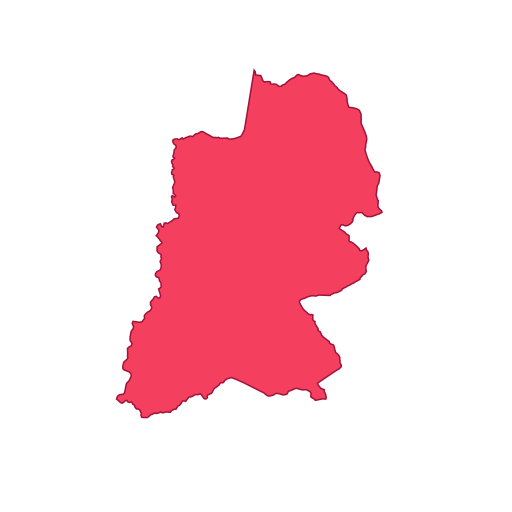 Monte do Carmo, Tocantins, Brazil (Mercator projection), rotated 203°
{"feature_id": "56859067B13428701772069", "entity_name": "Monte do Carmo", "entity_type": "district", "adm_level": 2, "iso_a3": "BRA", "parent_name": "Brazil", "parent_adm1": "Tocantins", "projection": "mercator", "projection_center": [-48.031, -10.736], "detail": "fine", "context": "isolated", "style": "filled", "palette": "rose", "viewbox_px": 512, "rotation_deg": 203, "n_neighbors": 0, "source": "geoboundaries", "source_scale": "gbopen_adm2", "svg_char_len": 6107}
<svg xmlns="http://www.w3.org/2000/svg" viewBox="0 0 512 512"><g transform="rotate(203 256 256)"><path d="M328.4,69.7L326.6,69.3L323.5,68.1L321.7,68.2L320.7,69.6L319.8,71.7L318.5,72.6L317.1,71.6L315.1,71.7L314.0,72.9L312.5,72.5L311.6,71.4L309.7,71.3L308.6,69.8L307.4,69.0L306.2,68.5L304.6,69.1L302.3,68.8L301.6,67.4L300.1,66.6L299.8,64.7L298.4,62.9L296.8,63.2L293.1,64.7L291.9,66.3L291.4,68.0L288.9,70.6L288.1,71.8L286.5,72.0L285.3,72.7L284.0,73.8L283.0,75.2L281.7,74.9L280.0,75.5L278.3,77.0L276.4,77.9L275.0,78.2L273.8,78.7L273.3,80.7L271.3,83.1L269.8,83.7L269.2,87.5L268.0,88.7L267.4,90.5L267.1,93.5L265.7,94.6L263.9,94.7L263.7,96.2L262.6,100.0L261.0,100.8L259.7,101.9L258.0,104.6L256.3,105.2L254.6,106.1L253.7,107.4L251.8,106.8L248.2,104.5L246.9,104.5L245.7,105.5L245.4,106.7L246.3,107.9L246.0,109.3L244.9,110.6L243.6,111.7L243.0,113.3L243.0,115.5L242.7,117.6L241.7,119.3L240.7,120.6L240.2,122.0L239.5,123.1L239.5,124.5L238.9,125.6L237.7,126.0L236.5,126.8L236.3,128.4L235.8,129.9L234.5,131.7L231.1,134.5L225.2,134.7L217.2,134.5L197.9,133.2L195.8,133.2L191.4,131.9L189.4,132.1L188.2,132.8L185.7,134.7L184.7,136.3L183.6,137.6L180.2,138.4L178.8,138.4L176.7,138.8L175.2,139.6L173.6,140.8L173.2,144.3L172.1,145.1L168.4,149.0L167.1,150.0L162.0,150.7L160.1,151.2L158.8,152.0L157.2,152.6L153.8,152.3L152.5,151.8L151.6,150.8L151.1,149.6L150.9,148.3L149.7,147.4L146.6,147.2L145.5,146.4L144.1,146.8L143.1,147.6L138.9,150.5L135.8,151.6L136.0,152.9L137.4,155.3L140.3,158.1L140.9,159.6L144.2,159.5L145.9,160.2L148.5,161.6L149.6,163.1L137.6,181.7L135.2,184.9L134.3,187.3L134.9,189.0L136.4,190.0L137.5,191.4L137.8,192.8L138.7,193.7L139.1,195.2L140.3,196.4L142.0,197.4L144.9,198.3L146.8,200.5L148.0,202.3L149.4,203.9L150.6,204.6L152.0,204.2L154.1,204.4L155.1,206.0L156.6,206.1L158.5,206.7L162.4,207.7L164.4,208.6L167.3,211.4L169.4,211.5L170.6,213.5L173.9,215.8L175.5,217.1L176.1,218.7L177.7,218.9L179.0,219.8L179.8,221.7L180.5,223.9L182.1,223.8L183.4,223.1L185.2,223.1L186.9,223.8L189.8,224.7L191.6,225.5L193.5,226.7L197.8,230.1L198.3,232.3L197.3,233.8L196.0,235.1L194.6,236.1L193.5,237.6L191.8,239.2L189.0,241.3L185.3,242.5L182.7,244.7L172.4,248.6L171.9,249.8L170.9,250.8L169.9,252.2L168.8,253.1L167.2,253.9L163.8,257.8L163.8,259.2L161.5,262.2L160.5,263.2L159.7,264.6L158.6,265.5L157.1,267.8L156.1,268.6L154.3,271.2L151.2,275.1L151.6,276.4L150.0,280.9L148.7,282.2L148.4,285.0L149.5,286.5L150.3,287.9L150.8,289.4L150.8,292.2L150.4,296.0L152.6,299.0L153.3,301.5L153.9,302.7L154.9,303.8L156.6,304.6L157.8,306.3L159.8,303.2L161.0,301.9L162.8,301.7L163.7,302.9L166.8,304.3L172.1,305.9L173.8,306.1L175.0,305.8L176.4,306.1L176.8,307.7L178.2,311.0L180.2,311.5L182.0,311.7L183.6,312.6L185.3,313.0L188.4,313.4L190.2,314.0L189.8,318.2L187.9,318.6L186.0,318.6L184.3,319.3L182.3,321.4L181.0,324.0L180.6,325.3L180.7,326.7L181.3,328.3L181.2,331.7L180.5,334.3L179.8,335.7L178.0,336.0L177.0,336.7L175.4,337.3L173.7,336.7L172.2,336.0L169.0,335.7L164.9,337.5L158.6,343.4L157.1,345.4L158.0,346.6L161.4,347.8L162.7,348.8L163.6,350.3L165.1,354.8L166.2,355.4L169.5,359.4L169.8,361.4L171.5,366.9L171.7,368.2L171.5,371.2L173.0,377.6L173.5,379.0L175.4,380.8L177.4,380.7L179.4,379.8L181.2,380.8L184.6,383.8L188.1,386.3L191.7,389.8L195.3,393.9L197.3,396.5L197.7,399.6L198.5,401.0L199.4,406.2L200.8,408.8L204.0,412.5L210.2,418.3L211.4,419.7L211.8,421.1L214.2,426.5L215.0,427.9L217.7,430.4L219.2,430.8L221.7,430.8L225.2,430.2L228.9,429.2L232.5,433.9L233.3,435.7L235.1,438.6L236.5,439.8L244.0,441.1L246.3,442.1L247.7,443.0L250.2,443.6L251.3,444.5L254.4,446.0L256.1,446.3L257.6,447.2L258.4,448.3L260.1,449.1L262.8,449.0L265.9,448.3L269.4,448.1L270.5,447.5L273.6,447.2L275.1,446.4L277.5,444.6L279.2,442.0L282.5,440.0L285.7,439.5L287.5,439.7L288.8,439.0L289.6,437.2L290.1,435.7L292.4,433.4L293.9,431.2L295.6,427.9L296.4,425.5L298.7,423.5L299.1,422.0L301.4,421.1L304.4,422.0L306.6,421.4L308.5,420.3L310.1,420.2L310.7,421.7L312.0,421.7L315.1,420.3L316.1,419.5L317.8,419.8L322.1,424.0L324.1,423.3L325.6,423.0L327.1,422.4L328.6,425.3L330.3,426.3L316.0,367.9L316.3,361.8L316.8,360.1L320.5,356.7L323.3,354.6L326.7,353.0L328.3,353.5L333.8,350.9L335.3,350.4L336.8,350.6L338.1,349.7L339.5,349.4L340.8,348.7L342.9,348.4L345.9,348.9L348.3,349.0L353.6,349.7L355.2,349.0L357.5,345.9L359.0,345.0L360.2,343.2L360.9,341.2L363.5,340.7L366.9,337.5L368.6,335.2L370.3,335.9L372.3,333.0L374.4,333.0L375.9,332.2L377.5,331.0L377.7,329.6L376.7,328.1L375.2,327.0L372.9,326.4L371.9,324.8L372.7,321.3L371.6,317.8L371.6,316.3L371.1,314.7L369.1,314.4L369.7,312.6L370.9,311.6L370.8,310.2L369.8,308.7L368.0,307.3L367.7,305.8L365.6,305.0L365.8,303.8L366.8,302.6L366.3,301.3L366.4,299.9L365.4,298.3L363.3,298.3L363.0,296.3L360.1,293.1L359.5,291.2L359.5,286.4L357.7,284.0L356.8,281.5L353.5,280.1L353.8,278.4L356.7,279.0L357.0,277.6L355.3,275.5L354.8,272.9L352.2,270.4L349.7,271.4L348.9,268.9L348.9,266.9L346.1,264.8L344.0,264.9L342.4,263.3L342.1,260.6L346.0,258.2L346.7,256.2L350.0,251.4L352.1,251.2L353.4,250.3L352.9,247.9L352.9,246.3L354.3,246.3L356.6,248.3L358.1,247.0L358.8,245.7L358.9,243.7L355.8,242.0L355.0,240.5L355.0,238.9L355.8,235.7L353.8,235.0L351.3,233.6L349.9,232.5L348.3,232.2L347.7,231.0L350.7,225.8L349.0,222.0L347.5,220.9L343.9,220.2L343.1,217.9L341.9,216.5L342.2,213.6L339.8,211.0L338.8,208.2L338.8,205.7L341.3,202.6L341.6,200.1L341.1,198.9L339.5,197.8L337.0,198.1L335.1,195.4L332.9,194.1L331.2,190.4L331.7,189.2L332.8,187.7L328.4,182.3L328.1,179.9L329.5,179.1L332.2,179.9L333.6,178.6L333.9,176.0L335.1,172.4L334.2,170.0L332.8,169.0L331.8,167.9L331.7,166.5L332.1,164.3L333.6,162.4L335.1,159.4L335.5,157.3L334.2,155.1L335.2,151.0L337.4,149.4L343.7,147.8L343.6,145.6L341.9,144.0L340.9,142.5L340.7,140.7L341.2,139.3L341.4,137.7L340.4,132.7L339.4,130.1L338.5,128.6L336.9,127.9L336.0,126.9L335.7,124.7L337.6,122.2L338.2,120.7L336.0,116.0L335.2,113.7L334.1,111.9L334.4,110.4L335.9,107.5L336.2,106.2L335.7,103.2L335.1,101.2L334.1,100.0L332.8,99.6L327.8,99.8L326.6,99.5L325.0,98.6L324.1,97.1L323.9,95.7L324.1,91.6L325.3,88.5L325.3,87.0L323.5,78.7L324.3,76.9L326.6,75.5L327.6,74.6L328.4,73.5L328.7,71.7L328.4,69.7Z" fill="#f43f5e" stroke="#9f1239" stroke-width="1.5"/></g></svg>